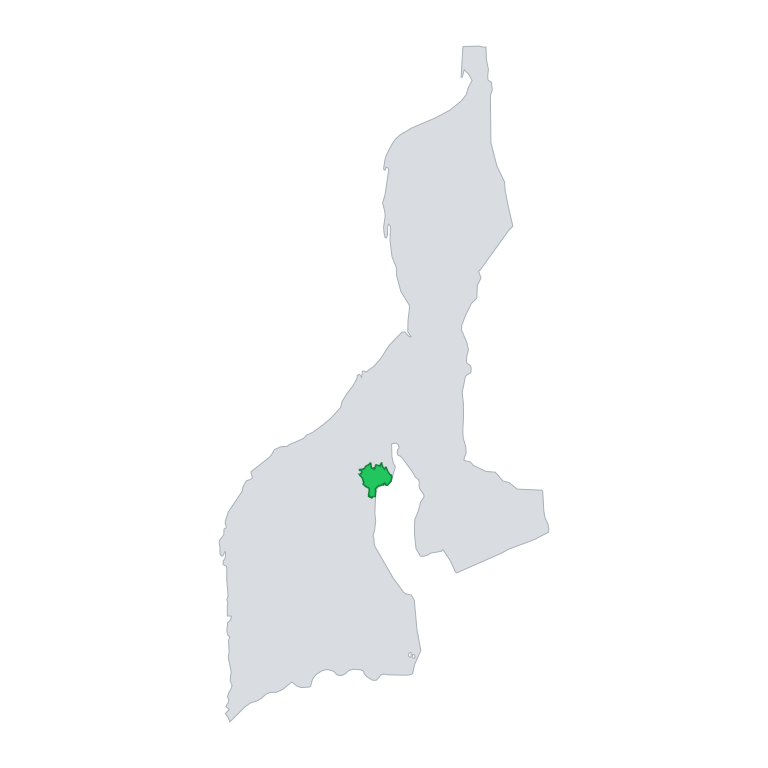 Milange, Zambezia, Mozambique (highlighted), rotated 180°
{"feature_id": "85939544B24654814708458", "entity_name": "Milange", "entity_type": "district", "adm_level": 2, "iso_a3": "MOZ", "parent_name": "Mozambique", "parent_adm1": "Zambezia", "projection": "equal_earth", "projection_center": [35.856, -16.231], "detail": "fine", "context": "in_parent", "style": "filled", "palette": "green", "viewbox_px": 768, "rotation_deg": 180, "n_neighbors": 0, "source": "geoboundaries", "source_scale": "gbopen_adm2", "svg_char_len": 8345}
<svg xmlns="http://www.w3.org/2000/svg" viewBox="0 0 768 768"><g transform="rotate(180 384 384)"><path d="M255.1,541.8L259.3,537.6L287.6,498.2L289.4,496.7L287.0,490.1L290.7,482.5L291.1,470.6L292.2,468.6L296.6,464.7L302.5,452.4L306.2,442.8L306.6,438.3L301.1,425.3L299.5,418.3L301.1,412.2L301.6,406.6L300.9,404.7L297.5,402.4L296.9,399.8L296.9,396.8L297.6,395.2L301.7,392.5L302.6,391.1L305.8,375.8L304.6,364.4L304.5,351.2L305.2,337.7L304.8,330.0L302.2,321.1L301.9,314.7L303.7,310.2L304.0,307.6L297.7,306.1L294.4,302.5L282.2,296.6L272.8,295.8L264.9,286.9L258.8,285.4L250.9,278.9L226.2,277.8L225.3,277.0L224.2,257.4L223.2,250.9L220.1,243.9L219.2,239.1L219.4,235.9L233.0,228.7L259.8,218.6L265.7,215.2L311.4,195.1L312.7,196.3L317.3,206.6L325.0,218.3L326.8,216.7L337.8,214.8L339.4,213.3L342.7,212.2L346.6,211.6L347.9,212.3L352.0,219.5L353.4,233.0L353.6,242.2L353.1,248.7L349.9,256.2L347.5,265.7L344.1,270.8L344.1,273.3L348.1,278.9L348.9,281.3L348.7,286.2L349.4,288.2L352.8,291.2L355.5,295.9L365.4,309.6L367.9,312.0L369.9,312.6L370.9,315.3L370.4,318.4L368.8,320.2L369.5,322.8L371.3,324.8L375.9,324.4L376.4,323.5L376.1,311.5L374.6,304.5L372.6,301.3L376.4,288.2L378.5,284.6L386.0,283.2L389.4,281.9L390.8,280.4L391.9,276.2L392.8,264.6L393.1,253.8L392.3,247.4L393.4,237.7L395.0,231.8L394.2,230.6L393.6,222.5L375.0,190.2L364.4,175.7L362.6,174.3L356.7,173.0L353.7,167.7L351.1,138.7L347.2,117.6L353.3,103.7L355.3,94.7L356.5,93.4L361.8,92.8L380.2,93.2L384.8,94.0L386.9,93.1L391.7,87.7L395.6,87.8L401.0,91.2L403.9,94.3L404.4,96.8L407.9,98.3L414.6,98.8L419.4,97.4L422.5,94.3L425.7,92.7L429.0,92.5L431.5,93.5L433.2,95.8L436.4,97.5L441.3,98.5L446.5,97.0L452.3,93.1L455.5,88.9L457.3,82.0L458.4,81.0L466.4,80.4L470.7,81.7L476.3,86.0L485.7,78.3L491.8,75.7L497.5,75.7L502.2,73.8L505.9,70.1L509.8,67.7L517.8,64.9L523.1,61.1L538.1,46.1L539.7,50.4L542.7,54.4L538.7,58.7L542.2,61.5L539.6,65.7L539.3,68.6L540.5,71.4L538.8,76.2L536.6,79.8L536.0,82.6L537.9,87.5L536.8,96.3L539.8,110.9L538.9,115.7L539.5,127.2L538.3,131.3L540.2,132.8L541.2,137.4L540.3,145.3L537.0,148.6L536.6,151.9L540.7,152.0L540.7,162.0L540.1,164.9L541.1,168.3L539.9,172.0L541.2,188.0L541.2,199.6L541.4,201.5L544.9,203.5L544.8,206.7L542.5,210.8L542.7,217.0L545.2,212.1L546.7,212.1L548.0,214.0L548.1,221.0L548.8,224.5L548.5,227.6L544.2,233.3L544.0,239.0L542.4,239.7L541.6,241.1L542.7,244.3L542.6,247.2L539.7,256.0L525.6,277.1L525.2,280.7L521.6,287.3L517.8,288.4L515.6,290.2L517.2,296.1L498.5,310.9L496.6,313.0L493.6,318.4L487.4,321.2L480.8,321.6L479.7,322.8L464.5,329.6L461.5,332.8L455.1,335.8L445.0,343.2L436.7,350.2L427.3,360.7L426.0,366.3L421.6,373.7L414.9,382.4L411.0,389.6L410.7,392.8L408.4,393.7L406.4,390.7L405.6,396.6L404.0,397.0L402.2,395.8L393.8,402.0L387.6,409.0L378.9,422.6L366.1,435.8L363.2,436.1L359.1,431.5L356.9,431.2L360.2,436.1L360.0,447.2L358.5,460.1L358.7,462.9L367.2,476.6L371.4,492.5L371.7,500.7L376.0,511.2L377.9,526.9L377.5,541.6L379.5,544.0L380.3,541.8L380.6,532.7L381.7,530.1L382.9,530.5L384.0,535.5L384.4,540.8L382.8,552.2L383.3,556.9L385.4,564.7L382.9,573.7L379.2,598.6L380.1,600.2L382.0,600.7L382.7,598.0L383.8,598.0L384.4,599.6L382.8,609.4L381.3,613.7L375.8,624.2L372.8,628.6L367.9,633.1L356.3,640.0L333.1,649.9L318.4,657.7L306.9,666.9L301.9,673.1L299.8,680.2L295.9,687.6L299.4,693.8L303.8,698.2L305.7,690.9L306.9,690.8L305.1,721.4L289.2,721.9L284.6,720.8L282.0,721.0L281.6,708.3L279.6,698.7L280.3,691.8L280.0,688.1L276.6,685.7L275.7,678.3L277.6,672.6L277.1,625.4L271.2,602.4L263.4,585.8L262.9,577.5L259.2,559.0L255.1,541.8ZM357.3,115.7L359.3,114.4L359.6,112.0L358.3,110.8L357.2,111.0L356.7,114.9L357.3,115.7ZM356.0,111.2L354.4,109.5L353.3,109.9L352.9,111.5L354.1,113.4L355.4,113.5L356.0,111.2Z" fill="#d9dde1" stroke="#a8b0b8" stroke-width="1"/><path d="M402.2,301.8L402.6,301.6L402.6,301.3L402.7,300.9L403.0,300.3L403.2,299.9L403.3,299.8L403.5,299.8L403.6,299.7L404.0,299.3L404.3,299.3L404.6,298.8L404.9,298.9L405.0,298.9L405.6,298.7L405.9,298.8L406.4,298.6L406.5,298.6L406.8,298.7L407.0,298.7L407.3,298.5L407.7,298.5L407.9,298.3L408.0,298.4L408.1,298.2L408.4,298.0L408.6,298.0L408.5,297.7L408.4,297.6L407.9,297.5L407.3,297.4L407.0,297.3L406.8,297.2L406.6,297.1L406.4,296.9L406.1,296.5L406.1,296.4L406.1,296.0L406.2,295.5L406.4,295.1L406.5,295.0L406.8,294.9L407.0,294.8L407.2,294.6L407.4,294.4L407.3,294.2L408.0,293.9L408.3,293.7L408.7,293.7L408.8,293.7L408.5,293.3L408.3,293.0L408.1,292.8L408.0,292.5L407.8,292.2L407.5,292.1L407.2,291.6L406.8,291.3L405.9,290.1L405.6,289.9L405.5,289.7L405.4,289.0L405.3,288.5L405.3,288.1L405.0,288.0L404.9,287.8L404.8,287.5L404.8,287.2L404.8,286.8L404.7,286.7L404.4,286.6L404.4,286.2L404.2,285.8L404.1,285.7L404.3,285.4L404.3,285.1L404.6,284.9L404.8,284.8L404.9,284.7L404.8,284.2L404.9,283.8L404.8,283.6L404.5,283.3L404.3,283.2L404.0,283.1L403.9,283.0L403.5,282.8L403.3,282.5L403.0,282.2L402.8,282.0L402.6,281.9L402.6,281.7L402.3,281.7L402.2,281.7L401.9,281.6L401.9,281.3L401.9,281.2L401.4,281.0L401.2,281.0L401.0,280.9L400.8,280.7L400.5,280.5L400.3,280.5L400.2,280.3L399.8,280.2L399.7,280.2L399.2,280.1L399.1,279.8L398.9,279.7L398.5,279.4L398.6,279.1L398.7,278.9L398.6,278.5L398.8,278.3L398.7,278.1L398.9,277.8L398.7,277.4L398.7,277.2L398.9,276.3L399.0,275.8L399.1,275.1L399.3,274.8L399.2,274.6L399.0,274.3L398.9,274.4L399.0,274.1L399.2,273.5L398.9,273.2L398.8,272.9L398.9,272.6L399.0,272.6L398.9,272.5L399.0,272.5L399.1,272.4L399.2,272.1L399.2,271.9L399.3,272.0L399.3,271.9L399.4,271.6L398.4,271.2L398.0,270.8L397.9,270.9L397.6,270.7L397.2,270.8L396.9,270.7L396.8,270.8L396.8,271.0L396.7,271.0L396.7,270.4L396.6,270.1L396.0,270.1L395.9,270.3L395.8,270.5L395.6,270.8L395.1,271.4L392.8,271.4L392.6,274.9L392.6,275.0L392.5,275.5L392.4,276.1L392.4,276.3L392.4,276.5L392.4,276.8L392.4,277.7L392.5,277.8L392.7,278.0L392.7,278.5L392.8,278.7L392.6,279.3L392.5,279.5L392.4,279.6L392.2,279.6L392.0,279.8L391.5,280.2L391.3,280.2L391.2,280.2L391.1,280.4L391.1,280.8L390.7,281.1L390.3,281.2L390.2,281.2L390.1,281.3L389.9,281.5L389.4,281.9L389.3,282.0L389.3,282.3L389.1,282.2L388.9,282.2L388.8,282.3L388.7,282.3L388.4,282.1L388.1,282.1L387.8,282.2L387.6,282.3L387.3,282.5L386.8,282.7L386.8,282.9L386.8,283.0L386.7,283.1L386.4,283.2L385.9,283.3L385.8,283.5L385.6,283.5L385.4,283.2L385.2,283.3L385.1,283.5L384.7,283.1L384.6,283.5L384.3,283.7L384.2,284.0L384.2,284.4L384.1,284.6L383.9,284.5L383.7,284.7L383.7,284.9L383.5,285.0L383.5,284.7L383.3,284.5L383.0,284.5L382.8,284.4L382.9,284.2L382.5,283.9L382.5,283.7L382.5,283.4L382.4,283.3L382.5,283.1L382.3,283.1L382.2,283.0L381.8,283.0L381.5,282.9L381.3,282.7L380.9,282.7L380.6,282.8L380.3,283.0L380.1,283.1L379.9,283.3L379.8,283.8L379.6,284.1L379.3,284.4L379.0,284.4L378.9,284.6L378.8,284.8L378.7,284.9L378.2,285.2L378.1,285.5L378.1,285.8L377.7,286.1L377.5,286.3L377.3,286.5L377.1,286.7L377.0,286.8L376.9,286.9L377.0,287.2L376.9,287.4L376.8,287.5L376.7,287.5L376.6,287.9L376.5,288.1L376.7,289.1L376.5,289.4L376.5,289.9L376.3,290.1L376.2,290.5L376.2,290.8L376.1,291.1L376.0,291.5L376.3,291.9L376.5,292.1L376.7,292.3L376.7,292.5L376.6,292.9L376.8,293.0L377.2,292.8L377.2,292.7L377.5,292.7L377.6,292.9L377.8,293.1L380.3,296.7L380.7,297.8L380.9,298.3L380.9,298.6L381.1,299.0L381.3,299.2L381.4,299.5L381.8,300.6L382.0,300.8L382.6,300.7L382.7,300.1L382.8,300.0L383.0,299.9L383.2,299.6L383.7,299.3L383.7,299.1L384.8,300.3L384.9,300.5L385.1,300.9L385.2,301.2L385.3,301.6L385.5,302.0L385.6,302.3L386.3,304.1L386.3,304.4L386.1,304.9L386.1,305.0L386.3,305.1L386.5,304.9L386.8,304.8L386.9,304.6L387.0,304.3L387.1,303.9L387.5,303.7L387.6,303.4L387.5,303.1L387.9,302.8L387.8,302.5L387.9,302.4L387.8,302.2L387.8,301.9L389.2,302.4L390.5,302.7L391.0,302.9L391.6,303.0L391.9,303.2L392.1,303.2L392.4,302.4L392.7,301.4L392.5,301.1L392.6,300.9L392.8,300.7L393.3,300.2L393.2,300.0L393.1,299.9L393.7,298.5L393.8,298.5L393.9,298.9L394.2,299.1L394.2,299.3L394.3,299.4L394.4,299.5L394.4,299.9L394.5,300.1L394.8,300.0L395.0,299.9L395.2,299.7L395.4,299.7L395.5,299.7L396.0,299.6L396.4,299.8L396.5,300.0L397.0,301.4L397.0,301.5L396.9,301.6L396.7,301.6L396.7,301.8L396.9,301.9L396.9,302.1L397.0,302.8L397.1,303.2L397.2,303.5L397.1,303.9L397.0,304.0L397.2,304.3L397.2,304.5L397.3,304.7L397.6,304.9L397.6,305.0L397.8,305.0L397.8,304.7L398.2,304.1L398.3,304.0L398.4,303.9L398.5,304.0L398.8,303.7L399.1,303.6L399.2,303.4L399.5,303.4L400.1,302.8L400.6,302.7L401.9,301.9L402.2,301.8Z" fill="#22c55e" stroke="#15803d" stroke-width="1.5"/></g></svg>